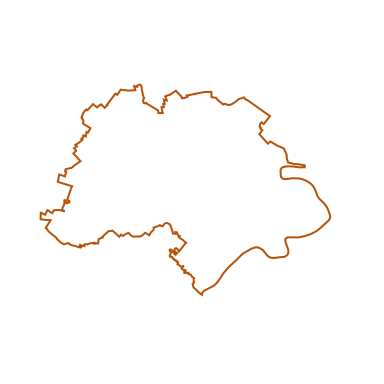 outline of Bac Ninh, Bắc Ninh, Vietnam, rotated 119°
{"feature_id": "81297802B63234506717185", "entity_name": "Bac Ninh", "entity_type": "district", "adm_level": 2, "iso_a3": "VNM", "parent_name": "Vietnam", "parent_adm1": "Bắc Ninh", "projection": "equal_earth", "projection_center": [106.088, 21.175], "detail": "fine", "context": "isolated", "style": "outline", "palette": "amber", "viewbox_px": 384, "rotation_deg": 119, "n_neighbors": 0, "source": "geoboundaries", "source_scale": "gbopen_adm2", "svg_char_len": 6015}
<svg xmlns="http://www.w3.org/2000/svg" viewBox="0 0 384 384"><g transform="rotate(119 192 192)"><path d="M277.1,133.4L275.1,134.2L272.3,133.4L263.2,127.4L259.4,126.2L253.8,125.5L248.4,125.2L241.2,123.8L238.0,122.9L229.1,119.9L221.6,117.8L217.4,115.3L212.6,112.4L209.6,109.6L208.7,108.0L208.3,106.0L208.2,105.4L208.4,101.6L209.3,99.7L210.8,96.2L211.4,93.6L211.3,91.3L209.9,88.1L206.9,84.2L203.8,79.6L201.1,78.1L198.6,78.2L196.0,79.7L192.0,84.2L189.8,86.5L188.1,87.5L186.9,87.3L185.4,86.4L183.3,82.8L180.1,76.9L176.0,72.1L171.4,67.9L165.7,64.0L160.9,62.1L153.9,59.7L150.3,58.6L147.5,58.7L145.1,60.4L142.5,63.2L139.7,66.9L137.4,72.4L136.3,77.1L134.9,80.0L132.7,82.5L130.4,85.4L128.4,88.3L127.3,91.4L126.9,94.1L126.8,97.8L127.3,101.5L128.1,104.6L131.0,110.4L135.3,116.3L136.2,118.3L136.1,120.3L135.2,121.9L133.1,123.3L129.9,125.2L127.9,125.3L126.3,124.6L124.8,123.1L123.0,120.5L121.0,116.6L118.3,109.9L115.7,105.4L114.1,106.2L115.7,111.1L116.3,112.7L118.2,116.6L118.5,118.2L118.7,119.7L119.7,122.0L116.8,125.3L115.8,125.9L113.2,127.6L111.1,130.5L109.4,132.8L110.1,140.3L109.9,148.0L112.9,149.0L108.8,161.2L103.9,160.4L103.5,162.7L102.5,162.7L102.2,164.5L99.6,165.3L97.4,165.0L97.7,162.2L87.8,160.6L85.7,179.8L84.8,187.8L84.8,188.3L85.0,189.3L85.0,190.1L84.1,192.5L84.3,192.7L86.0,194.1L87.9,196.1L90.2,197.0L92.1,197.7L95.3,199.4L97.0,200.7L97.9,201.8L98.5,203.2L98.9,205.7L99.2,206.4L100.3,207.0L99.1,213.7L98.7,215.4L97.9,216.5L99.6,220.8L95.1,223.6L96.7,226.4L97.3,227.3L97.4,227.9L97.9,228.6L98.5,229.5L104.6,236.9L104.7,236.7L105.1,236.9L105.7,238.0L110.2,243.4L111.0,242.1L112.0,242.9L113.3,244.2L113.6,244.4L113.8,244.5L114.9,246.1L113.6,247.8L111.3,255.2L117.7,258.5L120.7,261.4L121.3,261.8L123.1,259.5L124.3,258.4L124.4,258.8L124.9,261.4L128.2,258.6L128.9,259.8L130.6,258.4L131.4,257.7L132.6,259.8L137.1,255.9L139.3,259.6L137.1,261.1L137.1,261.5L136.6,274.6L136.3,275.3L137.3,276.3L137.5,276.6L137.5,277.2L137.3,277.7L136.7,278.4L136.1,278.5L135.7,279.2L135.0,279.4L134.2,279.4L133.3,279.6L132.8,279.5L132.5,280.3L131.4,281.4L126.8,285.6L126.5,285.7L124.6,286.8L123.3,288.7L123.5,290.0L125.8,291.6L126.5,291.0L127.0,291.8L127.5,293.9L130.4,290.9L134.1,296.7L137.1,304.0L143.3,304.5L143.1,306.7L149.6,307.6L157.0,308.7L157.1,308.1L160.7,309.2L159.4,314.1L164.1,316.2L163.1,321.1L171.2,323.2L171.1,324.6L175.3,325.4L179.5,325.0L179.5,324.5L181.0,324.3L181.1,323.8L181.4,322.9L182.2,321.6L182.7,321.3L183.9,321.0L184.8,320.6L184.9,320.4L185.1,320.3L185.4,311.8L185.7,311.7L190.5,311.8L190.5,312.4L190.6,313.4L194.9,311.8L194.9,314.3L195.3,314.6L196.7,313.7L197.0,313.6L198.6,313.7L198.6,314.5L199.3,314.6L199.7,313.2L204.3,315.1L207.4,316.9L207.9,314.8L210.8,316.4L211.9,313.5L212.3,313.4L215.7,314.5L219.1,304.5L226.2,307.9L227.4,308.3L228.0,308.3L229.1,309.2L229.7,309.3L230.2,310.2L230.6,310.7L233.4,313.5L233.7,313.6L235.4,313.0L235.2,311.9L235.5,311.7L238.4,311.2L239.9,310.6L241.1,316.6L248.1,314.3L248.0,313.7L247.7,311.8L245.5,301.5L245.1,299.6L245.9,299.7L246.4,299.6L251.9,298.7L259.3,297.4L259.4,294.8L260.6,294.2L260.7,294.4L260.8,295.3L261.0,295.5L262.1,295.5L262.3,295.8L262.7,296.4L260.7,298.9L260.7,299.2L261.2,299.6L264.0,298.1L264.4,297.9L264.9,297.9L265.7,297.7L266.6,297.6L267.6,297.7L268.4,297.6L269.8,297.2L270.3,296.9L270.8,296.8L270.4,295.2L270.4,294.9L270.5,294.7L270.9,294.6L271.0,294.9L271.9,299.0L272.6,300.2L274.9,303.9L276.4,304.0L277.9,304.0L278.2,304.0L278.3,305.6L278.2,306.9L277.9,307.5L277.9,307.9L277.9,309.6L283.1,309.4L283.2,310.2L283.3,313.6L283.5,314.2L289.3,311.2L287.3,306.5L285.2,302.0L285.4,302.0L294.3,302.5L294.3,302.4L294.5,301.4L294.5,301.2L295.4,299.7L295.8,298.6L296.2,297.4L296.4,296.7L297.8,288.4L298.1,288.1L298.3,287.7L298.7,287.0L299.7,283.0L299.8,282.6L299.9,279.7L299.8,279.4L299.8,278.7L299.7,278.6L299.1,277.9L296.7,275.5L297.0,272.2L296.5,270.1L295.7,267.4L295.4,264.8L295.0,263.7L294.6,263.6L294.6,262.6L294.2,262.1L293.6,262.1L293.1,262.3L293.0,262.6L293.2,264.2L292.3,264.3L292.2,262.1L291.5,260.0L290.8,260.7L290.0,260.8L289.0,259.2L288.8,258.3L288.5,258.3L286.1,256.1L284.7,253.8L284.7,252.6L284.2,252.7L284.1,252.3L283.8,252.6L282.7,249.2L281.5,249.5L278.4,250.8L275.2,248.2L275.0,248.8L266.9,246.1L265.6,244.3L264.9,243.4L264.4,242.9L264.5,242.2L264.7,241.1L265.3,238.4L265.5,237.6L266.4,234.0L263.6,233.3L264.0,231.2L262.3,230.4L260.9,229.6L260.4,229.3L259.2,228.3L258.5,227.6L259.3,225.3L259.7,223.2L259.6,222.0L256.0,215.7L254.9,214.9L250.4,213.1L250.5,208.4L247.1,208.3L243.9,207.3L242.4,207.8L241.9,207.9L241.6,208.3L240.2,206.8L238.2,205.1L237.4,204.4L237.1,204.2L236.5,204.0L236.6,203.3L236.6,202.8L236.5,202.1L236.3,201.3L236.1,200.8L235.6,201.0L235.0,201.0L233.3,200.7L232.0,200.0L231.3,198.8L231.0,197.1L231.0,196.2L231.5,194.8L233.3,192.8L234.2,191.8L236.2,189.7L237.6,188.5L237.5,188.4L236.6,186.3L235.1,187.2L234.6,185.8L236.9,182.7L236.4,181.6L237.9,181.5L237.9,180.7L238.0,180.2L238.2,179.3L238.4,176.7L238.8,175.4L239.2,172.6L240.2,172.9L250.5,174.6L249.0,176.9L248.8,178.5L249.7,179.5L251.3,179.2L252.2,178.6L252.5,176.5L252.8,175.5L254.8,175.9L254.7,177.3L253.9,177.2L253.7,179.9L253.2,179.9L252.6,181.3L252.6,182.7L253.2,183.5L254.1,183.1L254.5,182.7L254.7,182.1L255.3,180.8L256.6,180.8L258.6,180.5L259.0,180.2L259.2,179.7L258.4,178.2L258.5,178.0L258.6,177.7L259.0,177.5L259.1,177.2L259.1,176.8L259.2,176.7L259.5,176.4L259.6,176.1L259.3,175.4L260.0,174.8L260.0,174.6L260.0,174.4L259.6,173.4L259.9,173.3L259.9,172.7L260.1,172.6L260.1,172.0L259.8,172.0L259.8,170.9L260.5,170.7L260.6,169.8L262.1,169.8L262.6,165.1L261.0,163.8L261.2,163.4L261.4,163.3L262.7,164.4L263.2,164.5L264.4,163.2L263.8,160.8L263.6,159.7L264.1,159.4L264.6,160.3L265.1,160.4L266.1,159.8L265.6,159.3L266.3,159.1L264.4,156.0L265.6,155.3L264.9,153.4L264.8,153.2L266.1,151.0L266.3,148.4L267.6,148.3L267.8,148.1L268.9,147.5L269.6,146.9L269.7,146.7L269.8,146.5L270.5,146.7L270.8,146.5L271.1,146.4L271.4,146.5L271.6,146.5L271.8,146.7L272.0,146.9L274.1,145.1L274.8,144.0L275.6,140.8L276.9,135.8L277.1,133.4Z" fill="none" stroke="#b45309" stroke-width="2"/></g></svg>